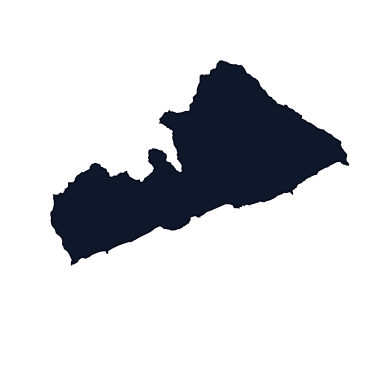 Caraveli, Arequipa, Peru, rotated 308°
{"feature_id": "86281439B24627039816812", "entity_name": "Caraveli", "entity_type": "district", "adm_level": 2, "iso_a3": "PER", "parent_name": "Peru", "parent_adm1": "Arequipa", "projection": "natural_earth1", "projection_center": [-73.996, -15.752], "detail": "fine", "context": "isolated", "style": "filled", "palette": "ink", "viewbox_px": 384, "rotation_deg": 308, "n_neighbors": 0, "source": "geoboundaries", "source_scale": "gbopen_adm2", "svg_char_len": 6074}
<svg xmlns="http://www.w3.org/2000/svg" viewBox="0 0 384 384"><g transform="rotate(308 192 192)"><path d="M317.6,212.0L316.1,211.9L315.2,211.2L315.5,210.0L313.8,205.6L313.5,204.1L314.5,202.2L314.3,198.2L315.1,196.4L314.4,194.8L314.3,192.9L316.6,186.8L316.0,185.1L316.1,183.9L316.5,183.3L316.8,180.4L318.9,177.5L319.9,174.8L319.7,173.5L320.0,172.4L319.4,171.0L319.2,168.0L319.7,165.4L318.6,162.3L319.9,159.2L320.6,158.3L321.8,153.7L321.5,152.5L319.5,150.8L319.7,149.9L318.9,148.0L317.4,146.4L315.6,142.7L315.7,140.9L314.8,139.5L315.1,138.6L314.1,137.3L313.6,135.0L311.9,133.3L310.4,133.8L308.9,133.2L307.5,133.7L306.6,134.5L303.3,135.3L301.8,133.5L299.2,132.4L295.7,134.3L294.0,133.0L292.1,130.5L291.5,131.2L290.7,130.8L290.2,131.0L289.9,130.1L290.6,129.3L290.7,128.4L290.2,127.9L288.6,127.2L283.5,131.1L280.0,131.7L276.4,133.1L272.7,135.8L267.4,135.0L264.8,137.6L263.3,137.9L259.2,137.1L257.1,139.2L254.6,140.6L253.4,140.1L251.2,137.3L248.9,136.1L244.4,132.0L242.9,127.4L241.5,125.7L241.5,125.1L242.0,124.4L241.0,124.2L239.6,124.6L237.8,122.1L232.8,122.6L229.6,122.0L229.0,123.3L227.6,124.2L226.9,124.2L227.8,125.5L228.3,127.7L228.2,129.7L228.8,131.2L227.9,132.7L228.9,134.5L228.4,136.2L229.1,137.3L229.1,138.7L228.6,139.8L228.0,140.8L226.3,140.8L225.6,142.5L223.7,143.1L222.3,144.4L221.1,146.2L218.3,149.2L218.3,150.1L217.8,150.6L217.1,152.8L217.4,153.1L215.2,155.6L215.1,156.2L213.4,157.4L212.4,157.5L211.4,159.5L209.3,160.5L209.5,161.9L208.9,162.5L208.5,165.6L208.0,165.9L208.2,166.1L208.0,167.1L207.6,167.2L207.5,167.7L206.1,168.8L204.2,169.8L203.7,170.8L202.1,171.9L201.3,172.1L199.0,170.3L199.4,169.3L198.9,165.8L199.7,164.0L200.0,161.8L200.5,161.1L200.1,159.3L201.4,157.2L199.7,153.4L200.3,152.5L200.3,151.6L200.5,151.1L202.2,150.8L204.7,149.3L205.4,147.6L204.9,144.8L205.6,143.6L205.4,142.7L204.4,141.5L203.3,137.3L201.7,134.8L200.7,135.1L200.4,134.4L199.5,133.9L198.9,133.0L197.6,133.1L195.0,135.3L194.7,136.3L192.7,136.6L192.1,137.2L191.5,138.7L189.8,139.0L189.3,142.0L190.1,142.5L189.3,143.5L189.3,144.4L188.7,145.6L188.3,147.1L187.6,148.2L185.0,148.5L183.8,149.4L181.0,148.5L179.0,148.3L178.3,148.5L176.9,147.6L175.1,147.6L173.9,146.7L171.9,147.3L168.8,147.2L167.4,144.9L168.7,143.0L167.7,142.5L166.4,140.9L165.4,137.6L165.6,136.7L164.9,133.4L166.5,130.0L166.7,128.9L167.7,127.9L166.1,127.0L164.3,126.8L162.6,124.0L161.9,124.0L161.2,124.6L160.6,123.4L158.1,123.3L156.5,120.9L155.4,120.7L154.0,119.8L152.9,118.0L152.9,117.3L155.3,114.5L155.0,112.5L156.7,110.2L156.0,108.4L155.8,106.1L154.9,105.1L156.4,102.6L154.8,98.2L151.8,96.5L149.1,96.6L147.8,97.8L145.8,97.4L142.7,95.8L140.5,95.2L139.1,93.3L136.4,93.0L136.0,92.6L133.7,91.9L130.9,92.1L129.7,92.7L129.3,93.4L127.8,93.0L126.5,93.4L123.1,89.3L121.8,90.6L119.8,91.8L116.6,91.1L116.1,90.6L114.6,91.8L113.4,91.4L112.5,91.9L111.2,91.7L110.3,90.8L110.2,89.4L108.9,88.9L107.6,89.2L106.7,88.0L105.8,87.6L104.5,85.0L104.0,85.8L102.1,86.8L100.7,88.8L97.4,91.6L91.5,94.2L90.5,93.8L88.9,93.8L87.1,95.1L85.3,97.5L82.9,98.7L82.5,99.5L81.2,100.5L79.7,102.7L78.9,106.9L76.4,110.5L76.3,115.6L75.8,118.0L73.8,120.8L72.0,121.8L70.8,123.0L70.4,124.5L69.0,126.4L69.1,129.8L68.8,131.6L67.3,135.1L65.0,139.4L64.4,140.1L62.8,140.2L61.1,141.5L61.5,141.5L62.1,142.5L62.6,142.2L63.3,143.3L64.8,143.5L65.2,144.0L67.0,144.4L68.1,143.9L71.3,144.6L73.5,145.9L73.9,147.4L74.7,148.2L74.7,148.9L75.1,149.3L75.9,149.2L78.3,150.7L79.4,150.7L82.4,152.0L87.1,154.7L89.7,156.6L92.6,159.7L92.8,161.0L91.7,162.3L91.8,162.8L92.6,162.4L93.1,161.5L93.8,161.5L98.8,163.4L105.0,166.5L109.2,169.1L114.9,173.0L115.2,174.1L116.0,174.5L125.0,178.3L133.9,182.6L136.7,183.7L140.8,184.6L144.9,186.7L146.3,187.8L146.2,189.9L146.7,190.3L146.3,192.6L147.3,193.4L147.9,195.1L148.6,195.9L149.6,199.1L151.1,200.8L151.8,200.8L151.9,201.7L155.0,203.6L155.7,204.7L156.9,204.4L157.4,205.3L158.1,205.2L158.7,205.7L159.8,204.9L160.3,205.2L160.4,206.2L161.1,206.1L161.3,206.6L161.7,206.5L162.3,206.9L163.1,206.6L163.1,207.0L163.7,206.9L164.0,207.3L165.2,206.8L165.3,208.0L166.3,207.9L167.1,206.4L167.4,207.4L167.9,207.2L168.4,207.5L168.9,206.7L169.4,207.0L170.1,205.9L171.9,206.2L175.7,208.9L176.2,210.1L175.9,211.3L176.3,212.2L176.7,212.2L177.1,212.8L177.2,212.5L178.2,213.0L178.4,212.5L178.6,213.0L180.0,213.8L181.1,213.8L181.2,214.4L184.8,215.1L186.4,215.8L188.8,217.4L203.2,225.2L204.9,226.7L204.9,227.5L205.7,228.2L207.2,231.4L207.2,232.8L206.3,234.0L206.2,235.5L207.1,235.9L207.3,236.7L207.9,236.8L208.3,238.6L209.7,238.1L211.0,239.5L211.7,238.9L212.2,239.0L213.6,240.3L213.6,241.3L214.2,241.2L216.5,242.6L217.3,244.9L217.7,244.8L219.7,246.4L220.4,246.5L221.4,247.7L224.1,249.1L224.4,250.0L225.2,249.8L226.5,250.7L227.4,251.7L227.9,253.2L228.9,254.7L231.2,255.8L233.8,257.9L238.5,260.2L242.5,261.2L245.3,263.2L248.7,264.6L249.7,266.5L252.6,268.6L253.1,270.4L252.6,270.6L252.5,272.1L253.3,271.5L253.5,270.8L253.8,270.9L253.4,270.5L255.4,269.5L255.8,269.7L255.9,269.2L256.6,269.3L257.5,270.4L258.4,269.9L259.6,270.9L260.2,270.1L260.9,270.7L261.7,270.2L263.7,270.3L265.6,271.2L266.1,271.9L266.8,271.8L267.1,272.2L268.1,272.0L271.0,273.4L271.7,273.3L271.7,272.8L272.1,272.6L273.9,274.0L275.7,274.4L276.6,275.5L277.8,275.7L280.8,277.3L282.6,278.9L282.9,279.0L283.9,278.3L284.4,278.8L285.9,278.2L293.6,281.6L295.5,283.2L297.5,283.8L298.3,283.7L298.8,284.3L303.0,286.1L305.4,287.4L306.3,288.0L306.8,289.3L307.9,289.8L308.1,291.2L307.2,291.9L307.8,293.1L307.4,294.0L307.6,294.7L308.4,295.3L308.8,296.7L308.6,296.9L309.5,298.4L309.4,299.0L310.3,297.8L310.8,296.1L310.6,295.3L311.8,293.3L314.0,292.0L315.0,291.8L315.6,291.0L316.6,290.6L317.2,287.1L318.3,284.0L318.1,282.6L318.8,282.2L318.9,281.5L319.5,281.1L319.6,279.6L321.6,279.3L322.9,278.1L321.9,269.6L322.5,266.7L321.4,262.6L321.7,261.3L321.2,260.3L321.7,257.6L320.8,256.4L319.1,252.1L319.1,246.1L318.7,245.1L318.9,243.2L318.4,242.2L317.9,241.9L318.0,240.9L317.4,238.5L317.7,238.2L317.7,237.2L316.6,232.6L317.3,232.0L318.5,232.0L319.3,231.2L318.7,229.9L319.0,226.4L318.1,224.9L318.7,220.6L318.2,220.2L318.1,218.8L317.3,217.5L317.6,214.8L318.2,213.6L317.6,212.0Z" fill="#0f172a" stroke="#020617" stroke-width="1.5"/></g></svg>